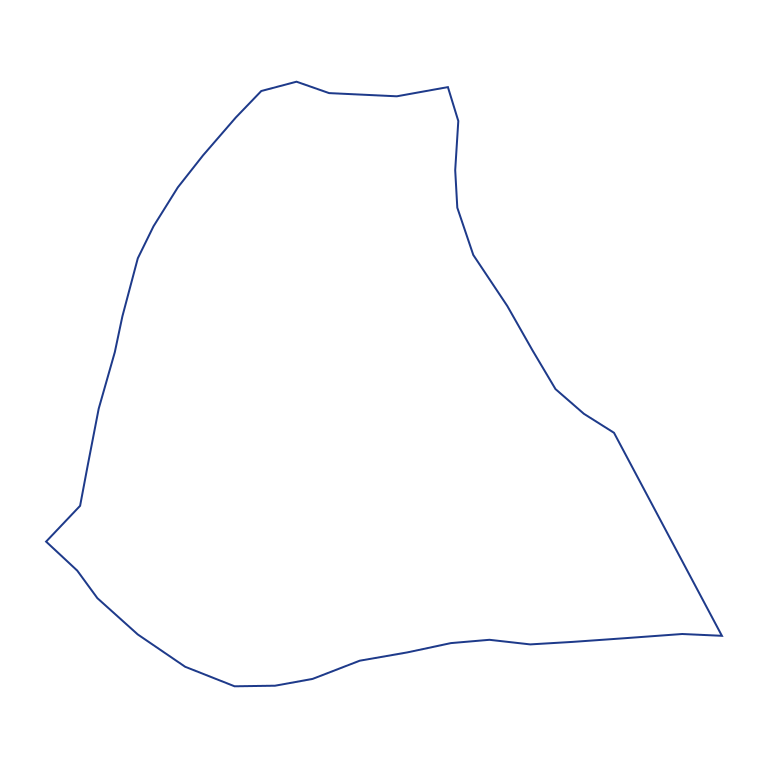 Kouh Ouest, Logone Oriental, Chad (Albers equal-area conic projection)
{"feature_id": "50815135B27112556056018", "entity_name": "Kouh Ouest", "entity_type": "district", "adm_level": 2, "iso_a3": "TCD", "parent_name": "Chad", "parent_adm1": "Logone Oriental", "projection": "albers", "projection_center": [16.878, 8.171], "detail": "fine", "context": "isolated", "style": "outline", "palette": "blue", "viewbox_px": 768, "rotation_deg": 0, "n_neighbors": 0, "source": "geoboundaries", "source_scale": "gbopen_adm2", "svg_char_len": 619}
<svg xmlns="http://www.w3.org/2000/svg" viewBox="0 0 768 768"><path d="M261.3,91.0L235.8,117.5L203.0,155.4L177.8,187.4L153.5,226.3L137.8,258.3L122.4,316.3L114.8,352.2L98.7,408.7L87.6,466.0L80.1,505.8L46.1,541.6L77.3,570.7L97.4,598.2L137.7,634.4L185.2,666.8L234.6,686.3L275.1,685.7L312.6,678.9L359.7,660.7L407.3,652.4L450.9,643.1L489.4,639.8L530.2,644.4L572.5,641.9L624.9,638.2L682.2,634.0L721.9,635.8L614.0,432.8L583.9,413.8L555.5,389.1L532.4,350.2L507.3,306.0L473.3,255.0L457.3,207.7L455.2,170.2L458.3,121.0L447.9,87.1L396.8,96.3L329.1,93.1L296.5,81.7L261.3,91.0Z" fill="none" stroke="#1e3a8a" stroke-width="2"/></svg>